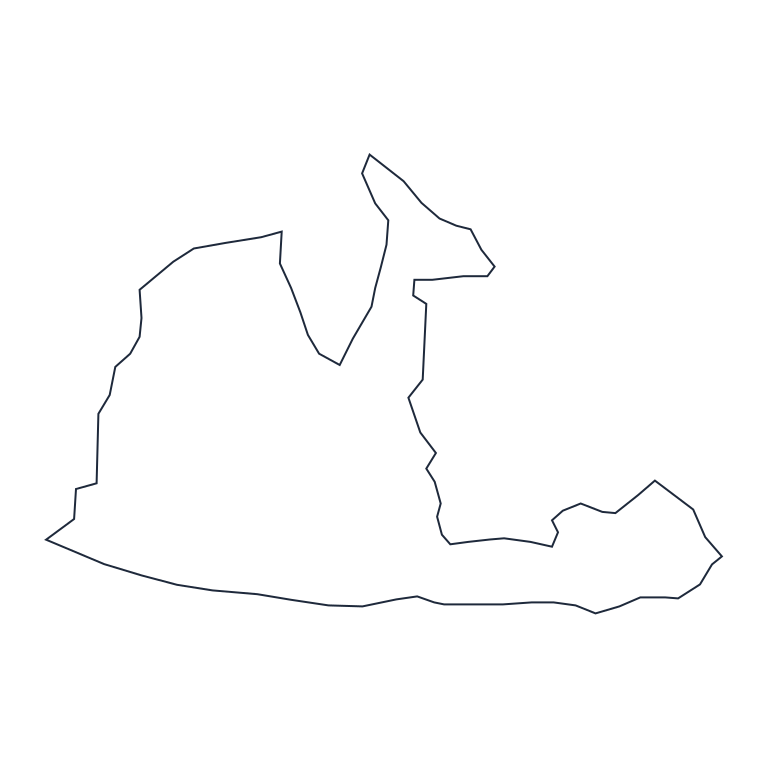 the district of Klepini, Cyprus
{"feature_id": "46923920B25595466119807", "entity_name": "Klepini", "entity_type": "district", "adm_level": 2, "iso_a3": "CYP", "parent_name": "Cyprus", "parent_adm1": "", "projection": "mercator", "projection_center": [33.461, 35.306], "detail": "fine", "context": "isolated", "style": "outline", "palette": "slate", "viewbox_px": 768, "rotation_deg": 0, "n_neighbors": 0, "source": "geoboundaries", "source_scale": "gbopen_adm2", "svg_char_len": 1262}
<svg xmlns="http://www.w3.org/2000/svg" viewBox="0 0 768 768"><path d="M721.9,556.4L705.2,537.1L693.2,509.5L654.9,480.6L638.2,495.0L615.4,513.1L602.3,511.9L580.7,503.5L562.8,510.7L552.0,520.3L558.0,532.3L552.0,546.7L530.5,541.9L504.1,538.3L489.8,539.5L468.2,541.9L450.3,544.3L441.9,534.7L437.1,516.7L440.7,503.5L434.7,481.8L426.3,468.6L435.9,453.0L420.3,432.5L408.4,397.7L422.7,379.6L426.3,303.9L413.2,295.5L414.4,279.8L432.3,279.8L463.4,276.2L487.4,276.2L494.6,266.6L481.4,249.8L470.6,229.3L456.3,225.7L439.5,218.5L421.5,202.9L403.6,181.2L369.6,154.6L362.1,173.4L375.2,203.4L388.3,220.3L386.5,244.7L380.8,267.3L375.2,288.0L371.5,306.7L352.8,338.7L339.7,365.0L319.1,353.7L307.9,334.9L300.4,312.4L291.1,288.0L279.9,263.5L281.7,231.6L261.2,237.2L225.6,242.9L193.8,248.5L173.3,261.7L139.6,289.8L141.5,318.0L139.6,336.8L130.2,353.7L115.3,366.9L109.7,395.0L98.4,413.8L96.6,483.3L76.0,489.0L74.1,519.0L46.1,539.7L104.1,564.1L141.5,575.4L177.0,584.8L212.5,590.4L257.4,594.2L291.1,599.8L328.5,605.4L362.5,606.4L396.3,599.4L417.2,596.4L434.2,602.4L444.1,604.4L467.0,604.4L502.9,604.4L531.7,602.4L553.6,602.4L575.6,605.4L595.5,613.4L619.4,606.4L640.3,597.4L665.2,597.4L678.1,598.4L700.0,584.4L712.0,564.4L721.9,556.4Z" fill="none" stroke="#1e293b" stroke-width="2"/></svg>